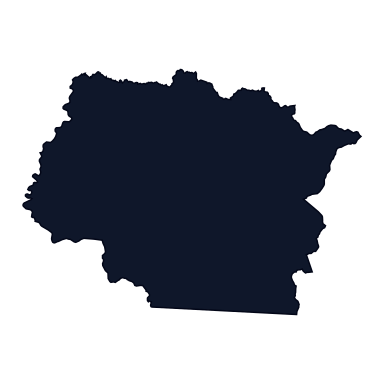 the district of Confresa, Mato Grosso, Brazil
{"feature_id": "56859067B65031826235038", "entity_name": "Confresa", "entity_type": "district", "adm_level": 2, "iso_a3": "BRA", "parent_name": "Brazil", "parent_adm1": "Mato Grosso", "projection": "robinson", "projection_center": [-51.724, -10.407], "detail": "fine", "context": "isolated", "style": "filled", "palette": "ink", "viewbox_px": 384, "rotation_deg": 0, "n_neighbors": 0, "source": "geoboundaries", "source_scale": "gbopen_adm2", "svg_char_len": 5800}
<svg xmlns="http://www.w3.org/2000/svg" viewBox="0 0 384 384"><path d="M361.0,136.4L359.5,135.2L357.9,132.2L356.6,131.7L355.0,132.1L353.4,132.9L347.9,129.5L345.3,130.9L344.4,131.0L341.3,129.0L339.2,128.7L338.1,128.1L335.9,125.8L334.9,125.5L330.9,125.1L328.7,125.7L327.0,126.6L325.0,128.4L321.5,129.6L319.8,129.9L317.4,131.7L316.0,132.1L313.7,134.7L312.3,135.2L311.0,135.2L309.6,134.7L306.8,132.1L303.4,131.3L302.4,130.4L300.3,127.4L298.9,124.0L298.2,123.1L296.7,122.2L295.5,120.6L294.1,120.3L293.4,119.6L292.8,118.1L291.9,117.2L291.6,115.2L292.2,114.3L294.3,113.8L294.8,113.0L294.7,111.7L295.0,109.8L294.5,106.7L294.9,105.5L290.0,106.1L288.4,107.2L286.9,106.9L285.7,105.6L284.4,105.9L283.5,106.8L281.5,107.8L280.1,107.5L279.2,106.5L278.4,104.3L277.7,103.5L276.6,102.9L274.2,102.8L273.2,102.3L272.3,100.9L271.1,99.7L270.8,98.4L270.9,97.4L269.8,95.9L268.5,95.6L268.2,93.3L267.3,92.2L265.0,91.9L264.0,91.0L264.4,88.0L263.0,87.9L261.8,88.3L262.1,89.5L260.4,91.2L259.2,91.5L258.4,90.4L257.0,91.1L254.8,91.2L252.3,90.1L251.3,90.7L250.2,90.7L248.9,90.2L247.5,90.3L244.9,88.8L243.6,88.8L242.6,88.1L241.7,88.7L241.1,90.3L238.3,90.3L236.5,92.5L234.9,93.8L233.9,94.0L233.3,96.2L230.5,98.0L230.8,99.6L227.6,99.4L226.7,98.7L225.3,98.4L224.3,99.3L223.3,99.3L222.8,98.3L219.2,96.9L218.1,95.3L217.2,92.5L216.1,92.5L212.9,88.2L212.7,86.4L212.1,85.4L211.9,84.2L209.7,83.0L208.3,82.9L207.2,83.5L206.8,82.2L200.8,80.1L199.0,81.1L197.7,81.2L197.1,79.5L196.3,78.6L196.4,73.4L195.6,72.0L193.5,73.6L191.9,72.5L190.1,72.8L189.1,72.2L188.0,72.4L187.2,71.6L186.1,72.1L185.2,73.1L184.0,73.0L183.2,71.1L181.8,69.7L180.3,69.5L179.4,70.9L178.0,70.5L176.8,71.3L176.3,72.2L176.2,74.6L173.1,76.9L172.6,78.2L173.3,79.5L173.6,82.4L171.9,83.9L171.9,85.1L170.9,85.8L170.2,86.9L168.8,87.0L166.7,85.9L166.2,84.7L164.7,85.4L163.0,85.6L162.1,84.7L161.0,85.4L160.1,84.1L159.1,84.2L158.4,83.5L157.5,83.0L156.6,82.0L155.4,82.5L154.4,82.6L153.3,83.3L151.7,82.3L149.7,82.6L148.3,82.4L147.3,83.5L146.4,83.2L145.4,84.3L144.1,83.5L141.6,84.2L140.3,83.4L137.8,84.2L137.6,82.7L136.2,82.5L134.1,83.4L133.0,83.0L132.1,82.0L129.7,81.4L128.4,82.0L126.6,79.6L124.5,80.2L124.4,81.4L122.4,83.0L121.5,81.1L120.4,80.1L119.6,80.7L119.8,82.3L118.8,82.5L116.0,81.3L115.2,80.4L114.3,81.0L113.2,80.3L111.5,80.1L110.9,78.7L109.8,79.2L108.6,78.4L106.8,78.6L106.2,76.7L105.3,77.8L102.2,74.8L101.0,74.7L100.3,73.0L99.1,73.0L98.7,71.9L97.6,72.0L95.5,74.2L94.3,74.7L93.0,74.4L92.2,75.5L91.9,76.6L90.6,76.7L90.8,77.9L89.6,77.9L86.1,74.7L84.9,75.0L85.3,73.3L84.3,73.5L82.4,74.9L81.8,74.1L80.8,75.1L77.9,77.2L75.5,77.3L73.6,78.6L72.5,79.9L73.1,81.1L73.1,82.4L72.6,84.1L71.8,85.2L70.2,86.4L70.2,88.1L72.4,88.9L73.3,90.1L73.3,91.6L69.9,96.3L69.4,97.6L69.4,98.8L70.0,100.3L69.9,102.3L68.8,103.3L65.6,104.5L64.6,105.2L63.1,106.9L63.1,108.4L63.8,109.1L67.1,110.5L67.9,111.4L68.2,114.7L69.1,116.1L71.7,117.7L71.7,119.4L69.4,121.8L64.6,121.5L63.6,121.8L62.8,122.9L61.8,126.1L61.3,126.9L59.8,127.6L56.3,127.8L55.5,128.6L55.1,129.9L55.3,131.4L56.4,132.6L56.6,133.7L55.7,136.5L54.4,138.8L52.5,141.0L51.3,142.0L50.4,142.5L46.5,142.0L43.8,144.1L43.2,145.0L43.1,146.7L43.6,148.7L42.9,151.4L41.9,152.4L40.1,152.8L41.6,155.6L41.6,157.0L40.0,158.9L39.4,160.0L39.4,161.3L40.8,164.5L41.1,166.1L40.8,167.4L40.0,169.1L40.8,172.1L40.5,173.4L39.9,174.7L38.9,175.6L38.0,175.5L35.4,173.9L34.4,174.1L32.8,175.3L32.6,176.7L36.5,180.0L37.7,182.0L36.5,182.7L34.7,182.4L33.6,182.9L33.4,184.5L32.6,185.4L30.0,186.4L28.7,187.5L27.8,189.5L29.2,190.6L30.6,190.5L31.5,191.0L31.8,192.4L30.9,194.5L29.5,194.9L27.5,194.0L26.2,194.2L25.4,195.0L25.5,196.1L27.4,197.8L28.6,198.1L30.4,198.0L31.9,198.6L30.7,199.9L24.2,203.0L23.4,203.9L23.0,205.1L23.4,206.3L26.1,208.8L30.0,209.6L31.2,210.2L32.1,211.3L32.5,212.8L32.0,213.9L31.6,216.8L32.4,217.4L34.2,217.6L35.2,220.1L35.1,221.3L38.8,222.4L39.7,223.2L40.7,225.1L41.8,226.2L48.3,230.0L51.6,232.5L52.2,233.4L52.3,234.5L51.6,238.4L51.7,239.7L52.2,241.2L52.8,242.3L54.1,242.9L55.1,242.7L57.4,241.6L58.4,241.4L62.2,239.6L66.4,238.4L68.5,239.1L70.5,239.4L74.2,241.9L75.8,242.3L79.0,240.9L80.8,239.5L83.8,238.3L94.1,239.1L102.2,240.2L103.1,243.4L104.7,246.8L105.5,251.7L104.9,253.4L102.5,255.5L102.5,258.2L103.6,259.5L103.5,261.3L102.6,263.6L102.8,265.6L105.4,270.6L108.0,273.0L108.2,278.6L109.9,281.5L110.9,282.3L113.5,281.9L115.3,282.4L117.9,280.5L119.2,279.9L120.5,278.4L122.6,277.6L124.3,278.2L126.4,278.5L127.4,279.7L128.3,279.9L129.1,280.6L132.1,281.6L133.8,283.0L134.8,285.4L136.4,286.0L140.4,285.4L142.7,285.5L146.0,289.9L146.1,291.3L147.6,291.7L149.1,293.7L149.5,294.7L149.4,296.0L147.6,297.7L147.4,298.7L147.5,300.7L148.3,301.7L149.0,300.6L150.3,301.7L151.4,302.0L150.6,305.2L151.0,306.6L151.8,307.0L296.6,314.5L296.9,311.5L298.8,307.1L298.7,305.9L299.1,304.5L297.9,301.3L295.6,299.5L294.3,297.5L295.3,295.7L295.1,294.1L295.6,292.3L295.7,288.7L296.1,286.0L294.5,285.1L293.8,282.9L292.5,280.7L291.4,277.9L291.4,276.0L292.3,273.7L294.6,271.9L296.1,272.0L296.8,270.4L298.0,269.9L300.5,269.7L302.2,269.0L303.1,270.9L304.7,272.4L305.8,273.0L306.7,272.2L307.7,272.4L312.2,271.9L306.3,254.6L307.6,254.3L308.6,253.5L311.2,253.4L313.5,251.4L315.6,251.4L318.0,248.0L318.6,246.9L318.3,245.2L317.8,244.2L317.0,240.2L316.2,238.8L316.7,237.9L317.8,237.2L318.4,234.9L319.4,233.9L320.0,232.0L322.7,228.6L324.6,227.7L325.5,225.7L322.9,223.7L322.5,221.3L322.6,220.3L322.4,216.8L321.9,215.6L318.2,211.7L303.4,199.2L306.4,198.0L307.1,196.3L310.8,195.0L311.8,194.3L317.3,193.6L319.7,191.6L322.1,188.3L323.9,185.4L324.3,184.0L324.3,179.3L325.7,177.0L326.4,173.9L329.4,170.9L329.9,169.5L329.6,165.2L331.2,161.2L332.1,159.7L333.2,158.8L334.4,155.6L335.5,154.2L335.7,152.0L336.8,149.0L338.0,148.0L339.5,147.4L341.2,147.2L344.2,145.5L348.3,143.8L350.9,144.1L352.6,142.8L353.5,143.6L354.9,143.6L355.9,142.7L357.2,140.0L361.0,136.4Z" fill="#0f172a" stroke="#020617" stroke-width="1.5"/></svg>